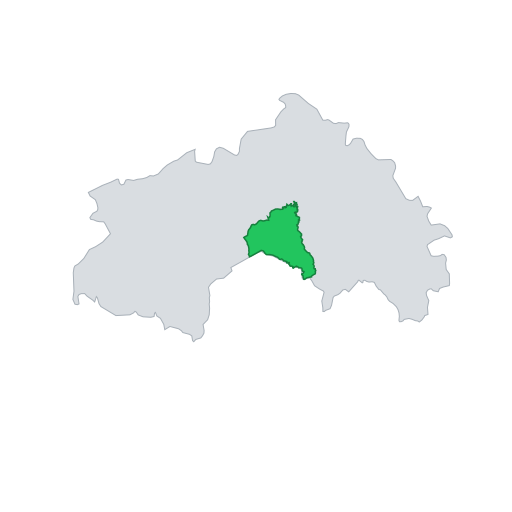 Faranah, Faranah, Guinea shown in context, rotated 331°
{"feature_id": "49546643B80456504828542", "entity_name": "Faranah", "entity_type": "district", "adm_level": 2, "iso_a3": "GIN", "parent_name": "Guinea", "parent_adm1": "Faranah", "projection": "orthographic", "projection_center": [-10.65, 9.821], "detail": "fine", "context": "in_parent", "style": "filled", "palette": "green", "viewbox_px": 512, "rotation_deg": 331, "n_neighbors": 0, "source": "geoboundaries", "source_scale": "gbopen_adm2", "svg_char_len": 8949}
<svg xmlns="http://www.w3.org/2000/svg" viewBox="0 0 512 512"><g transform="rotate(331 256 256)"><path d="M308.8,329.5L305.0,329.0L303.3,329.7L298.2,335.7L295.2,338.0L290.5,337.3L288.8,337.7L287.6,337.0L289.3,333.8L291.7,327.3L297.9,320.8L298.0,319.4L295.5,315.6L292.8,310.4L292.8,304.8L292.3,300.8L286.8,299.7L285.8,299.0L285.7,297.6L288.8,290.7L289.0,289.3L288.6,288.0L285.3,284.5L280.0,277.9L271.0,264.4L267.7,261.5L264.4,257.4L263.2,254.8L259.9,253.8L228.4,253.9L227.8,257.4L217.0,259.7L210.3,257.0L202.9,258.5L199.3,260.3L196.5,268.2L194.9,269.9L193.3,273.4L191.8,275.3L190.1,279.2L186.6,284.7L182.8,288.3L176.5,290.2L174.5,296.0L173.1,298.2L170.6,299.8L168.0,300.9L162.9,299.8L160.0,300.8L159.5,299.3L161.1,294.7L159.9,292.3L154.9,287.5L154.5,285.1L153.0,282.1L146.5,275.9L140.5,276.2L142.2,271.1L142.2,264.2L140.2,260.4L140.7,256.6L139.6,256.8L137.5,259.5L134.3,258.6L127.7,254.4L124.4,250.4L124.1,247.1L123.3,245.7L121.3,246.4L117.2,246.3L104.6,240.2L95.8,225.0L95.6,221.6L97.0,215.7L96.7,214.1L92.6,218.0L91.8,215.4L88.8,209.3L87.9,205.8L84.9,204.2L82.5,203.9L80.6,205.0L78.0,212.1L76.2,212.0L74.3,210.4L74.8,205.2L79.7,198.6L88.1,182.0L91.0,178.2L92.8,176.9L96.7,176.8L104.2,174.7L113.4,169.6L120.4,170.1L128.7,169.5L139.5,166.0L139.7,154.8L139.4,152.3L135.6,150.0L133.4,148.1L131.5,145.6L129.2,143.8L129.3,141.9L134.1,139.6L138.5,139.7L140.0,138.8L141.1,137.2L142.3,133.1L142.8,128.9L140.0,123.1L140.2,119.1L156.0,119.8L164.7,121.0L171.8,121.4L172.9,122.3L171.9,126.2L172.7,128.6L175.2,129.2L179.1,126.5L181.2,127.1L185.6,130.6L189.7,131.5L194.2,133.4L198.5,134.4L202.2,134.3L205.1,136.3L210.3,136.9L217.2,134.5L222.5,133.4L230.0,133.2L234.0,134.0L245.5,132.1L254.5,133.2L253.1,134.6L248.9,143.5L249.4,145.1L258.5,152.7L260.7,153.3L263.2,152.2L267.2,148.7L270.3,144.9L273.3,143.1L276.8,143.2L279.6,145.9L286.1,157.1L287.7,158.6L289.3,158.5L292.2,156.5L293.6,154.0L299.7,146.6L309.0,142.9L331.3,151.3L334.5,152.0L336.5,151.3L339.2,146.3L347.6,142.0L351.6,140.8L353.9,140.6L354.7,139.2L355.2,137.2L354.7,135.1L352.1,131.3L352.0,130.1L353.5,129.4L356.7,128.8L360.8,129.2L365.4,130.8L369.2,133.2L371.4,136.0L375.7,147.9L380.4,157.1L380.3,169.6L382.4,170.9L384.7,171.4L385.7,172.4L388.1,177.5L390.2,179.0L392.8,179.3L397.6,182.6L400.7,183.9L401.2,184.9L401.1,186.2L399.9,188.0L395.2,191.4L393.0,194.4L388.3,201.5L388.1,202.8L389.2,203.8L391.1,203.9L393.2,203.4L397.6,200.8L401.0,201.7L404.3,203.7L405.6,205.7L405.9,208.4L405.2,211.8L405.1,215.7L406.2,222.3L408.0,228.9L409.7,231.3L420.8,237.0L421.9,239.2L422.5,241.6L421.7,245.0L420.6,246.9L414.6,252.1L413.7,254.6L414.2,259.1L414.8,278.5L417.2,281.7L420.0,283.3L426.7,282.4L426.5,287.7L425.7,293.8L429.6,295.6L431.5,297.4L432.6,299.1L426.5,302.3L424.8,304.2L424.0,309.3L424.2,313.9L432.5,317.1L435.7,321.0L437.1,325.0L437.7,332.6L437.0,334.4L434.8,334.4L430.6,329.8L424.2,329.4L419.4,328.5L411.5,329.2L410.2,330.6L409.3,340.7L411.2,342.4L415.0,344.3L417.5,345.1L419.6,344.8L421.2,346.1L421.5,349.4L420.5,351.8L418.4,354.1L415.8,360.0L416.4,365.3L412.0,373.9L410.7,375.6L404.7,373.9L400.8,373.4L398.0,375.6L394.2,372.3L393.4,369.7L392.0,369.1L389.4,369.1L387.0,370.6L386.0,373.3L385.5,378.8L381.1,384.0L378.1,390.5L374.6,389.9L373.8,390.7L370.0,392.4L366.8,392.9L365.9,391.2L364.0,389.8L361.9,387.1L359.5,384.8L354.9,383.3L353.1,384.0L351.0,383.8L349.6,383.0L349.8,381.6L352.1,378.3L353.5,375.1L354.2,371.8L354.2,368.5L352.9,364.0L350.9,360.4L350.4,358.3L350.6,355.3L350.1,352.6L349.4,351.1L348.4,345.9L347.2,344.9L346.5,340.7L346.7,336.4L345.0,334.8L342.2,333.6L340.5,331.9L339.5,330.1L338.5,329.5L337.6,329.6L336.9,330.8L335.9,331.0L334.3,327.0L333.6,326.9L332.5,327.8L319.7,332.3L318.0,328.5L315.5,327.8L311.3,329.3L308.8,329.5Z" fill="#d9dde1" stroke="#a8b0b8" stroke-width="1"/><path d="M254.3,233.9L254.4,234.9L254.4,235.3L254.5,236.1L254.7,236.9L254.8,238.3L254.9,239.3L254.6,240.6L254.1,241.6L254.3,243.1L253.9,244.5L253.6,245.4L253.2,246.5L252.2,248.0L251.8,249.4L250.2,250.9L250.2,252.3L250.3,252.6L250.1,252.9L250.0,253.2L249.9,253.5L251.3,253.7L257.6,253.7L257.9,253.7L259.6,253.7L260.0,253.7L261.0,253.7L263.2,253.6L263.8,254.1L264.7,254.9L264.9,255.3L265.0,255.8L265.1,256.4L265.2,258.0L265.5,259.1L265.7,259.5L265.8,259.7L265.8,259.8L266.3,260.2L268.6,261.3L269.9,262.3L271.0,263.3L271.5,263.8L272.1,264.7L272.7,265.7L273.2,266.1L273.3,266.4L274.2,267.4L274.4,267.8L274.5,268.0L274.6,268.4L274.8,268.7L274.8,268.8L274.9,270.0L275.0,270.2L275.2,270.5L275.6,270.8L276.0,270.9L276.7,270.9L277.0,271.0L277.2,271.4L277.3,271.6L277.6,272.0L277.7,272.9L277.7,273.5L277.9,273.7L278.1,274.0L278.3,274.0L278.5,274.0L279.4,275.0L280.3,275.8L280.3,276.0L279.8,276.5L279.6,276.8L280.2,277.3L280.4,277.5L281.7,277.7L281.9,277.8L281.9,278.0L281.7,278.3L281.0,278.7L280.8,278.9L280.8,279.2L281.2,279.9L281.2,280.2L280.8,280.6L280.8,281.0L281.1,281.5L281.5,281.8L281.9,281.9L282.4,282.4L282.9,282.7L283.1,283.0L283.0,283.4L282.6,283.7L282.4,284.1L282.5,284.4L282.7,284.7L283.0,284.7L283.3,284.2L283.7,284.2L284.0,284.4L284.2,284.6L284.7,284.6L285.2,284.4L285.8,284.5L286.1,285.0L286.3,285.0L286.6,284.7L286.9,285.1L287.6,286.3L287.7,286.8L287.6,287.0L287.8,287.2L288.7,287.5L289.7,288.3L290.0,288.7L290.1,289.2L289.8,290.0L289.6,290.4L289.4,291.2L289.4,291.7L289.5,291.7L289.4,291.7L289.4,291.8L290.0,292.4L289.9,292.4L289.9,292.8L290.0,293.2L289.8,293.5L289.2,293.8L288.8,293.9L288.4,294.0L287.9,294.1L287.7,294.1L287.6,293.9L287.3,293.9L287.2,294.0L287.0,294.6L287.5,295.6L287.4,296.5L286.9,297.2L286.9,297.9L286.7,299.2L286.6,299.4L286.5,299.5L286.7,299.8L287.8,300.0L288.3,299.9L289.4,299.7L289.6,299.7L290.1,299.7L291.5,300.3L292.0,300.4L292.3,300.3L292.5,300.4L292.8,300.6L293.1,300.8L293.5,300.7L294.0,301.0L294.4,301.2L294.5,301.0L295.0,300.5L295.4,300.4L295.9,300.4L296.7,300.3L298.1,300.2L298.6,300.4L299.2,300.2L299.7,299.7L300.1,299.0L300.3,298.3L300.6,298.1L301.1,297.9L301.3,297.5L301.2,297.0L301.6,295.9L300.8,295.6L300.8,295.0L300.9,294.8L300.9,294.7L300.8,294.4L301.3,293.8L301.7,293.5L301.9,293.1L302.1,292.3L302.0,291.3L301.9,290.8L302.4,290.6L303.0,290.2L303.3,290.0L303.5,289.3L303.4,288.8L303.6,288.6L304.1,287.9L304.3,287.2L304.5,286.2L304.7,285.2L304.6,284.4L304.5,283.8L304.4,283.1L304.3,282.3L303.9,281.3L304.0,280.6L304.2,280.2L304.3,279.6L303.9,278.9L303.3,278.5L302.7,277.9L302.6,277.4L302.4,276.7L302.2,276.1L302.1,275.6L301.9,274.5L301.6,274.0L301.7,273.1L302.4,272.4L302.7,271.7L302.8,271.0L302.8,270.0L302.8,269.4L302.8,268.9L302.5,268.8L302.4,267.6L302.3,267.0L302.7,265.8L303.3,265.7L303.6,264.9L304.6,264.5L304.5,263.4L304.2,262.8L304.3,261.8L304.3,261.0L304.4,260.9L304.5,260.5L304.9,260.5L305.4,260.5L305.9,260.0L305.9,259.6L306.2,259.4L306.5,258.9L306.2,258.1L306.1,257.3L305.8,256.3L305.6,255.5L305.3,254.9L305.0,254.3L304.9,254.0L304.9,253.6L305.3,252.9L305.5,252.6L306.6,251.5L306.9,250.7L306.4,249.7L306.6,249.2L306.8,248.6L307.6,248.9L308.3,248.4L308.6,248.1L308.9,247.5L309.6,247.4L310.2,246.7L309.9,246.3L310.1,245.9L310.8,245.8L311.4,245.7L311.0,244.9L311.8,244.7L312.3,244.0L312.7,243.3L312.0,242.3L311.4,241.5L311.0,240.8L311.5,239.3L311.5,239.0L311.0,239.2L311.5,238.4L311.5,237.7L311.2,237.5L310.8,237.2L310.9,236.7L311.8,236.7L313.0,237.4L313.8,237.3L314.4,236.6L314.3,236.0L314.9,235.9L315.1,235.3L314.7,234.9L315.2,234.1L315.1,233.2L315.5,233.6L316.0,233.5L316.5,232.9L316.3,232.4L315.5,232.5L315.3,231.9L315.1,231.5L315.1,231.0L315.2,230.5L315.5,230.5L315.8,230.4L316.1,230.6L316.6,230.9L316.9,230.8L316.9,230.3L316.8,229.6L316.9,229.4L317.2,229.0L316.5,228.8L315.8,228.7L316.1,228.3L316.1,227.9L316.0,227.5L315.9,227.3L315.8,226.8L315.5,226.7L315.5,227.1L315.3,227.9L315.1,228.8L314.4,229.5L314.0,229.2L313.8,229.2L313.8,229.9L313.4,230.2L313.0,230.5L313.4,231.2L313.1,231.4L312.7,230.5L312.1,229.4L311.5,229.2L311.0,229.4L311.2,228.5L311.1,228.1L311.8,227.8L312.2,227.4L311.8,227.2L310.9,227.6L310.2,227.7L309.0,227.6L308.2,227.3L308.3,226.9L308.2,226.1L308.1,225.8L307.7,226.3L307.4,226.7L306.8,227.0L306.3,227.2L306.2,227.6L306.0,228.1L305.6,228.1L305.2,228.0L305.3,227.7L305.3,227.0L304.7,226.7L304.1,226.6L303.6,227.2L303.3,226.7L302.9,226.3L302.7,226.5L302.6,227.2L302.2,228.0L301.9,228.0L301.4,227.8L301.1,227.6L300.8,227.4L300.4,227.3L300.1,227.1L299.6,227.0L299.6,226.8L297.8,225.4L295.7,224.4L294.5,224.4L292.7,224.3L291.3,224.1L291.0,224.5L289.1,225.1L288.5,226.4L287.7,227.9L287.2,228.1L286.8,228.6L286.2,228.8L285.6,228.6L285.2,227.6L284.8,229.5L284.4,230.9L282.8,229.8L281.4,229.5L280.1,229.2L279.0,228.7L277.6,227.3L277.4,227.1L275.7,226.8L274.3,227.2L271.8,228.2L271.0,228.0L270.0,228.1L269.4,227.6L268.9,227.0L267.4,226.7L267.3,226.8L266.6,227.1L266.1,227.6L265.9,227.7L265.9,227.8L265.6,228.0L265.4,228.1L265.0,228.3L264.7,228.6L264.0,228.9L263.0,229.3L262.2,229.6L261.4,230.3L260.7,231.0L260.2,231.8L259.7,232.4L259.3,232.8L259.1,233.2L258.9,233.6L258.7,233.7L258.4,233.8L257.9,233.9L257.6,233.9L256.8,233.8L256.2,233.8L255.7,233.8L255.0,233.8L254.3,233.9Z" fill="#22c55e" stroke="#15803d" stroke-width="1.5"/></g></svg>